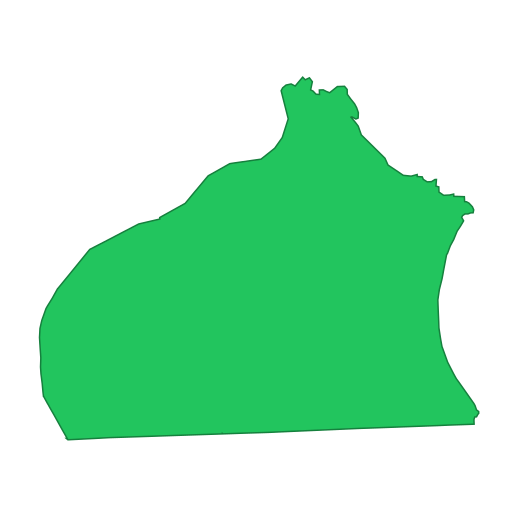 Lower Niumi, North Bank, Gambia, rotated 178°
{"feature_id": "56634734B30137768679203", "entity_name": "Lower Niumi", "entity_type": "district", "adm_level": 2, "iso_a3": "GMB", "parent_name": "Gambia", "parent_adm1": "North Bank", "projection": "natural_earth1", "projection_center": [-16.449, 13.506], "detail": "fine", "context": "isolated", "style": "filled", "palette": "green", "viewbox_px": 512, "rotation_deg": 178, "n_neighbors": 0, "source": "geoboundaries", "source_scale": "gbopen_adm2", "svg_char_len": 2456}
<svg xmlns="http://www.w3.org/2000/svg" viewBox="0 0 512 512"><g transform="rotate(178 256 256)"><path d="M451.9,80.3L450.4,78.9L437.0,79.1L430.6,79.2L423.7,79.3L409.1,79.6L367.2,79.5L346.9,79.5L295.7,79.4L295.7,79.7L295.4,79.4L275.8,79.4L252.8,79.3L248.0,79.3L239.4,79.4L193.1,79.8L159.3,80.1L149.1,80.1L146.9,80.1L80.5,80.2L69.9,80.3L43.9,80.3L43.9,81.8L43.9,84.9L43.0,87.5L41.2,87.6L39.9,89.9L38.9,91.0L38.9,92.8L41.0,94.5L42.3,98.8L43.3,100.8L53.4,116.3L58.0,123.3L60.0,126.2L61.4,128.9L62.8,131.7L68.2,143.2L71.8,154.4L72.8,157.5L73.3,159.0L74.2,165.1L74.6,168.2L75.7,177.7L75.7,184.0L75.8,195.9L75.8,205.8L73.9,216.2L70.9,226.6L69.8,231.5L69.2,234.4L65.5,250.6L64.5,252.0L64.4,252.3L61.5,259.3L60.7,260.7L57.8,265.6L57.2,267.0L54.4,273.2L54.0,274.0L50.8,278.4L47.9,282.9L47.3,283.9L49.1,287.5L48.1,289.2L46.8,290.0L45.8,290.7L44.5,290.7L43.5,290.7L42.5,290.7L42.0,290.9L40.5,291.4L40.0,291.6L37.5,291.6L36.8,294.5L38.0,297.6L41.3,301.4L43.6,302.8L45.6,303.1L45.7,308.0L52.6,308.5L56.2,308.7L56.2,308.9L56.3,311.0L60.3,310.2L66.3,310.1L70.9,313.5L70.9,318.7L73.7,319.6L73.0,326.2L74.5,326.2L78.0,324.2L82.2,324.1L82.3,324.1L86.1,326.7L87.1,329.3L92.1,329.8L92.1,331.8L97.7,330.5L98.2,330.4L106.0,331.5L120.9,342.3L123.7,349.2L146.5,373.3L149.3,382.2L151.9,385.9L156.2,391.4L155.4,391.7L151.4,389.4L149.1,390.3L148.7,395.7L150.2,400.6L151.8,403.9L152.2,404.7L155.8,409.5L159.1,414.4L159.1,419.3L161.6,422.5L168.8,422.5L176.7,416.6L179.8,417.9L183.0,419.7L186.9,419.7L186.9,415.2L190.4,415.6L193.2,418.8L195.6,420.1L193.6,428.2L196.4,432.2L200.7,430.4L203.1,433.1L203.7,432.5L210.9,424.5L214.9,426.7L220.0,425.8L222.2,424.1L223.5,423.1L225.0,420.5L225.1,420.3L223.3,411.9L219.0,392.0L225.6,373.5L233.5,363.1L236.0,361.2L247.1,353.0L247.6,352.6L271.1,350.1L274.9,349.7L279.0,349.2L301.0,337.8L303.9,334.6L313.1,324.3L314.6,322.7L317.8,319.1L318.5,318.3L324.9,311.1L350.9,297.8L350.8,296.3L372.1,292.1L396.9,280.3L397.2,280.1L421.9,268.4L424.2,265.8L424.3,265.7L430.3,258.8L443.4,243.8L455.1,230.5L455.2,230.3L455.4,230.3L459.4,223.7L461.0,221.0L462.0,219.5L466.1,213.4L467.7,210.8L471.0,202.4L471.5,201.2L472.3,199.1L472.7,197.7L474.4,191.2L475.2,182.1L474.9,170.7L474.8,167.9L474.6,161.7L474.9,157.1L475.2,152.9L475.2,152.1L475.0,145.5L474.7,142.5L474.1,135.8L474.0,133.7L473.6,126.9L473.3,123.2L473.2,123.2L469.3,115.4L469.1,115.2L467.3,111.6L463.6,104.6L456.5,90.7L451.1,80.3L451.9,80.3Z" fill="#22c55e" stroke="#15803d" stroke-width="1.5"/></g></svg>